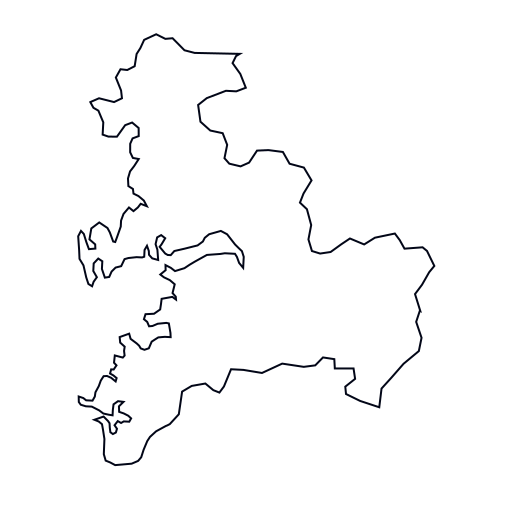 outline of Changwon-si, South Gyeongsang, South Korea, rotated 93°
{"feature_id": "91817680B26152541530210", "entity_name": "Changwon-si", "entity_type": "district", "adm_level": 2, "iso_a3": "KOR", "parent_name": "South Korea", "parent_adm1": "South Gyeongsang", "projection": "mercator", "projection_center": [128.624, 35.222], "detail": "fine", "context": "isolated", "style": "outline", "palette": "ink", "viewbox_px": 512, "rotation_deg": 93, "n_neighbors": 0, "source": "geoboundaries", "source_scale": "gbopen_adm2", "svg_char_len": 3901}
<svg xmlns="http://www.w3.org/2000/svg" viewBox="0 0 512 512"><g transform="rotate(93 256 256)"><path d="M302.2,89.1L285.7,95.2L276.0,88.7L263.1,82.2L256.6,77.4L242.0,85.5L238.6,90.1L240.9,108.1L232.6,113.3L226.3,118.5L231.5,138.2L238.8,148.6L233.6,163.1L239.8,171.4L248.1,181.7L250.2,192.1L248.1,200.4L236.7,204.5L222.2,202.5L206.6,207.6L200.4,214.9L191.1,211.8L177.6,204.5L165.2,212.8L162.1,227.3L150.7,234.6L149.6,249.1L150.7,260.5L163.1,267.8L167.3,276.1L165.2,287.5L160.0,292.6L146.5,290.6L135.1,295.7L133.1,308.2L124.8,318.5L108.2,321.7L100.9,313.4L92.6,294.7L92.6,284.3L88.5,275.0L75.0,281.2L64.6,289.5L57.4,286.4L55.0,282.8L56.4,327.9L54.3,338.2L42.9,350.7L43.9,357.9L39.8,367.3L46.0,379.0L54.5,382.4L60.5,385.8L72.8,387.1L77.0,394.3L76.6,401.1L85.1,405.3L97.8,399.4L105.5,398.1L109.7,405.8L106.7,421.0L110.4,428.4L111.0,429.5L116.5,426.1L119.1,421.0L130.5,415.5L142.8,415.5L144.5,409.6L144.1,401.1L132.2,393.5L129.2,386.7L134.3,379.9L142.4,379.4L145.0,385.4L150.5,387.5L159.0,387.1L164.5,384.1L165.3,378.2L172.6,382.4L178.1,386.2L185.3,387.9L192.9,387.1L195.5,382.4L200.1,381.6L202.3,376.5L206.5,370.9L212.0,367.6L209.9,373.9L213.7,376.5L217.6,380.7L214.2,385.4L220.9,390.5L227.7,392.6L233.7,392.6L243.9,395.6L249.4,397.3L249.0,399.4L240.1,403.2L235.8,405.8L230.7,414.3L237.1,421.9L248.1,423.2L252.8,417.2L257.0,416.8L257.9,423.2L251.1,426.1L243.0,429.1L240.1,432.1L245.6,434.6L259.6,432.9L268.1,432.1L274.4,427.8L286.3,424.4L292.7,421.9L294.8,418.1L290.2,416.8L285.5,413.8L279.5,417.7L271.9,417.7L266.8,413.4L269.3,409.2L277.0,409.2L285.5,405.8L284.6,401.5L279.1,399.4L274.9,395.6L273.2,390.1L266.0,387.1L264.7,383.3L263.4,375.2L263.4,369.7L262.6,367.6L255.8,367.6L251.5,365.4L256.6,363.3L260.4,362.9L263.8,359.5L265.1,353.5L254.9,354.8L249.4,356.9L242.6,355.7L240.1,351.8L243.0,347.6L249.4,351.0L251.9,352.7L258.3,346.8L259.6,344.2L259.6,341.2L255.3,337.8L252.4,327.6L249.8,319.2L248.5,314.9L244.3,309.8L240.5,308.1L236.7,303.9L232.8,292.4L235.8,286.0L245.6,277.5L249.0,273.7L251.9,270.3L257.5,268.2L268.5,268.2L263.8,272.5L257.9,275.0L254.9,277.1L254.9,287.3L255.8,291.6L257.5,305.1L264.7,316.6L268.1,321.7L271.9,326.8L275.3,336.1L272.3,340.4L269.8,345.9L274.9,345.5L279.5,350.6L282.1,346.8L284.6,340.8L288.5,335.7L297.4,337.4L300.8,334.0L303.7,333.6L301.2,337.4L303.7,348.0L309.3,348.4L314.4,348.9L319.0,354.8L319.9,363.3L325.0,364.6L327.5,361.2L331.8,359.1L331.3,355.7L328.8,350.6L327.5,342.1L327.9,339.5L337.3,337.4L341.5,337.0L341.5,342.9L342.4,349.3L344.5,352.3L347.0,355.7L353.8,358.2L355.5,362.5L354.3,366.3L351.7,368.0L349.6,370.5L345.3,376.9L340.2,378.6L344.1,387.9L349.6,387.1L353.4,382.4L357.7,382.8L362.3,382.0L364.4,383.7L362.7,391.8L370.0,392.2L372.5,389.6L376.8,392.2L376.8,394.7L381.0,395.6L382.7,392.2L385.2,388.8L388.6,389.6L385.2,394.3L383.6,398.5L384.0,401.9L388.6,404.5L394.2,406.2L400.5,409.2L404.8,409.6L409.0,411.7L409.0,418.1L406.9,421.0L405.6,425.7L411.1,425.3L413.7,423.2L415.0,418.1L415.0,412.1L418.4,404.5L421.3,400.2L422.2,394.7L422.6,390.9L417.1,390.9L411.6,390.5L408.2,386.2L408.6,380.7L413.3,385.0L418.8,384.5L420.1,379.9L422.2,375.2L424.7,372.2L428.1,373.9L428.1,379.4L429.8,382.0L428.1,385.4L432.4,388.4L435.8,385.8L439.6,386.7L441.3,389.6L439.6,392.2L435.3,393.0L430.7,393.5L428.6,395.1L424.3,399.8L428.0,408.8L429.5,404.4L432.0,401.0L437.5,399.7L446.7,397.8L454.3,397.7L461.9,397.6L468.2,395.4L469.8,390.8L472.2,385.7L469.9,369.3L466.8,363.0L463.0,360.1L455.4,358.1L446.5,354.9L442.2,352.4L436.3,346.6L430.5,337.2L429.8,335.7L428.4,333.3L418.1,324.8L395.3,322.7L389.1,313.4L386.0,299.9L392.2,291.6L394.3,285.4L388.0,281.2L370.4,275.0L370.4,262.6L372.5,243.9L362.1,224.2L364.2,202.5L362.1,191.1L353.8,183.8L354.9,172.4L364.2,171.4L363.2,152.7L373.5,150.6L381.8,160.0L389.1,158.9L395.3,144.4L400.6,125.0L381.8,123.7L370.4,114.4L355.9,103.0L342.4,88.4L329.0,86.4L313.4,92.6L302.0,89.5L302.2,89.1Z" fill="none" stroke="#020617" stroke-width="2"/></g></svg>